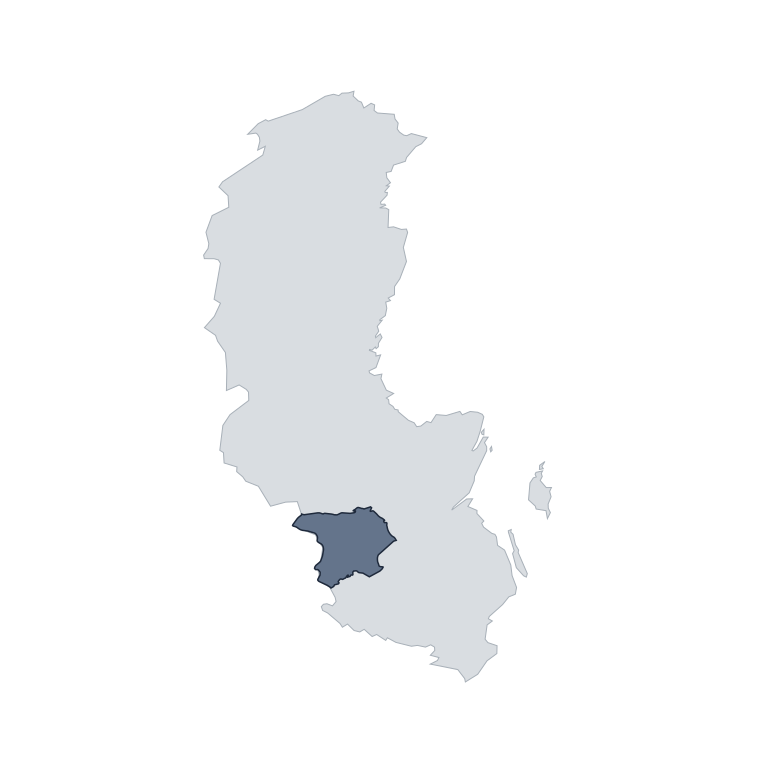 location of Värmland within Sweden, rotated 317°
{"feature_id": "SWE-188", "entity_name": "Värmland", "entity_type": "County", "adm_level": 1, "iso_a3": "SWE", "parent_name": "Sweden", "parent_adm1": "", "projection": "natural_earth1", "projection_center": [13.103, 59.9], "detail": "fine", "context": "in_parent", "style": "filled", "palette": "slate", "viewbox_px": 768, "rotation_deg": 317, "n_neighbors": 0, "source": "natural_earth", "source_scale": "10m", "svg_char_len": 6598}
<svg xmlns="http://www.w3.org/2000/svg" viewBox="0 0 768 768"><g transform="rotate(317 384 384)"><path d="M192.4,505.8L195.0,511.1L200.6,510.4L202.8,506.6L205.7,495.4L202.0,482.9L207.0,478.6L210.1,471.8L217.7,469.8L227.8,461.8L228.8,453.7L231.1,447.7L222.5,429.7L221.9,425.2L234.9,422.8L240.4,410.9L231.5,403.3L217.7,396.0L222.4,373.1L216.6,360.8L217.4,355.6L216.5,347.6L219.9,344.4L213.2,332.7L219.8,324.7L218.7,320.5L237.9,304.4L250.5,301.4L273.9,303.8L279.4,297.5L279.6,294.0L277.4,285.9L264.3,281.3L278.4,266.8L289.5,252.8L291.5,239.2L294.0,233.5L291.1,220.3L306.1,218.8L319.5,213.4L317.5,206.2L346.7,184.2L347.5,180.3L345.2,176.5L338.1,169.8L340.0,166.7L347.8,164.9L351.6,161.9L357.3,151.6L373.2,143.6L391.0,148.9L398.4,139.9L397.6,127.3L403.9,126.0L451.5,133.9L459.3,129.2L451.1,126.8L458.9,121.7L461.1,118.6L461.8,115.0L461.4,113.1L454.6,108.4L469.5,107.8L477.7,110.0L478.6,112.8L511.4,127.6L537.2,133.5L544.7,137.7L547.6,142.3L551.6,142.6L556.6,146.9L561.7,149.4L557.8,152.4L558.2,159.3L559.7,162.5L557.5,168.4L566.0,169.9L567.5,173.5L563.3,177.2L564.0,181.3L575.4,193.7L572.8,197.7L572.3,202.8L567.6,206.5L567.1,210.4L568.2,215.5L570.0,217.9L574.8,219.5L583.3,233.0L575.3,233.9L569.1,232.1L555.0,233.7L551.5,235.7L540.3,230.4L534.2,233.4L529.9,230.8L526.7,235.1L526.0,241.2L520.9,240.6L522.9,242.9L516.0,243.7L515.5,244.7L517.1,246.2L515.0,248.0L505.5,248.6L504.3,250.6L507.2,252.9L507.1,254.4L500.9,252.2L505.3,256.5L506.4,259.7L493.7,272.3L498.2,275.6L502.1,282.8L506.1,286.0L504.6,289.3L491.3,297.3L484.0,309.7L467.2,317.9L458.2,319.9L452.6,325.8L445.7,324.0L445.6,327.4L441.1,325.3L437.7,330.5L431.6,334.9L424.8,334.1L424.1,334.8L426.2,336.1L418.4,337.2L416.2,341.8L410.4,343.1L409.5,344.5L415.4,344.8L414.3,348.6L407.7,350.4L405.3,352.9L402.3,352.8L402.9,351.0L398.4,351.1L397.0,348.9L396.2,349.5L399.3,355.6L397.2,358.1L401.4,360.4L389.4,366.5L382.0,364.2L381.0,366.0L382.7,371.2L389.2,375.3L385.4,378.0L381.5,390.1L384.6,397.5L376.1,395.8L376.7,398.6L374.2,401.9L375.3,406.6L374.6,409.8L376.6,412.6L375.5,414.0L377.1,427.2L379.6,432.9L378.8,437.5L382.3,439.9L389.7,440.5L392.0,444.3L401.3,442.0L408.1,449.5L420.8,455.8L420.2,459.9L428.3,462.9L433.2,468.5L435.2,473.2L434.6,476.1L422.4,484.0L412.9,489.3L403.0,492.5L403.5,493.8L408.4,494.3L420.4,490.5L423.9,493.9L417.5,495.4L416.3,499.9L413.6,502.8L387.3,513.2L383.9,516.4L372.1,521.7L350.8,521.3L347.5,522.4L366.1,524.5L370.5,528.4L361.8,530.8L365.8,539.9L363.6,542.1L363.6,552.3L360.4,552.5L359.2,556.6L361.0,566.8L362.6,569.6L361.9,572.6L357.0,579.5L358.9,587.7L353.3,602.8L347.0,611.5L342.2,623.2L336.7,627.3L330.1,624.8L320.3,626.2L302.4,625.8L300.2,626.9L301.6,631.2L295.1,630.5L283.9,639.6L283.6,644.0L288.2,652.5L282.7,658.1L270.6,656.7L254.6,660.2L240.3,657.4L242.1,654.5L243.2,643.2L226.8,620.4L234.5,622.7L237.6,621.5L232.9,614.0L239.4,613.5L241.5,610.9L240.3,606.6L234.9,604.7L230.2,598.0L225.2,594.5L216.5,581.1L213.4,571.9L210.4,572.7L207.8,562.2L203.1,560.6L202.2,549.9L197.2,548.8L194.0,543.9L193.6,534.7L187.7,533.5L188.5,529.1L186.6,512.9L184.7,507.8L186.3,504.1L189.5,503.8L192.4,505.8ZM440.7,555.7L438.1,556.6L436.6,559.6L432.4,561.1L432.0,570.4L435.9,573.9L431.9,575.5L429.3,580.4L422.2,583.7L419.4,586.9L418.0,591.5L411.7,593.9L416.1,587.1L410.0,579.2L411.4,576.4L410.7,567.3L423.3,555.9L429.2,554.5L432.0,555.8L433.0,553.0L434.9,552.3L440.7,555.7ZM359.5,620.4L356.4,622.3L355.3,619.5L355.5,608.6L362.4,595.7L365.5,594.7L373.9,577.3L374.8,576.1L377.8,577.2L375.7,578.8L375.9,581.9L370.5,591.2L369.2,597.3L367.2,598.7L359.5,620.4ZM443.2,552.0L442.7,554.6L439.4,552.5L442.4,549.6L448.8,550.4L443.2,552.0ZM426.3,485.3L422.3,489.3L421.4,487.6L422.2,485.7L426.3,485.3ZM417.9,506.2L415.8,506.4L417.2,503.7L420.0,503.0L417.9,506.2Z" fill="#d9dde1" stroke="#a8b0b8" stroke-width="1"/><path d="M234.2,423.6L234.8,423.4L235.1,423.0L236.1,424.7L236.5,425.2L247.3,432.8L248.7,434.0L249.4,435.0L250.4,436.9L250.7,437.3L251.0,437.6L251.5,437.7L252.0,437.9L252.5,438.2L256.8,443.2L257.9,444.7L258.4,445.7L258.5,445.8L259.8,447.1L260.2,447.5L260.9,447.9L264.5,449.0L265.4,449.5L271.0,455.5L274.4,457.8L275.2,458.1L275.8,457.9L276.4,457.6L276.5,457.5L276.5,457.3L275.5,456.6L275.2,456.2L275.0,455.8L275.1,455.6L275.3,455.6L275.6,455.6L277.3,456.0L280.0,456.2L280.5,456.4L281.0,456.8L281.6,457.7L282.5,459.2L282.7,459.7L283.5,460.5L284.2,461.8L290.4,464.7L290.5,466.1L287.8,467.2L287.3,467.5L287.2,467.8L287.4,468.1L287.8,468.3L288.8,468.8L289.4,469.2L289.7,470.0L290.0,473.7L289.9,476.4L290.0,477.4L290.3,479.0L290.6,479.8L291.0,480.7L291.2,481.5L291.5,483.3L291.5,483.9L291.3,484.2L290.9,484.0L290.7,483.9L290.3,484.0L290.1,484.4L289.8,485.1L289.8,485.6L290.1,486.0L290.4,486.3L291.0,486.7L291.1,486.8L291.3,487.5L291.1,487.9L290.7,488.3L289.7,489.1L289.5,489.3L289.4,489.6L289.2,490.0L288.1,491.8L287.3,493.3L286.7,495.0L286.2,497.4L286.1,498.8L286.2,500.7L286.3,501.2L286.7,502.5L286.9,503.4L286.7,505.0L286.3,506.7L284.3,505.7L283.9,505.6L283.5,505.5L263.9,505.1L263.0,505.2L262.0,505.7L260.7,506.6L259.9,507.4L258.8,508.7L258.1,509.7L257.7,510.6L257.3,511.7L256.5,513.3L256.3,513.9L256.5,514.5L256.9,515.2L258.4,516.9L258.5,517.3L258.1,517.5L257.1,517.8L256.2,518.0L253.4,518.0L241.8,515.0L239.6,507.9L237.3,505.2L237.0,504.8L236.8,504.2L236.6,502.3L236.3,501.7L235.9,501.3L235.3,501.0L234.9,500.7L234.6,500.3L234.1,500.1L233.4,500.2L232.3,500.8L231.7,501.8L231.2,502.2L230.8,502.3L230.4,502.0L229.9,501.4L229.7,501.2L229.4,501.2L228.9,501.3L228.2,501.5L227.6,501.5L227.3,501.2L227.0,501.0L225.7,500.5L225.4,500.3L225.4,500.0L225.5,499.8L225.9,499.7L227.1,499.6L227.4,499.5L227.4,499.3L227.1,499.1L226.6,499.0L223.8,499.6L223.4,499.6L222.4,499.2L220.8,498.8L220.3,498.5L220.1,498.1L219.6,497.3L219.0,496.9L218.1,496.8L216.2,497.1L215.6,497.4L215.5,498.1L215.6,498.5L215.4,498.8L215.0,499.0L214.7,499.1L214.4,499.1L211.5,497.5L211.0,497.2L210.5,497.2L210.0,497.4L209.7,497.6L209.2,497.7L208.9,497.7L206.5,497.2L206.1,497.1L206.1,496.2L205.9,495.2L205.2,492.5L201.9,484.3L201.7,483.4L201.8,482.3L202.4,481.7L206.8,480.2L207.5,479.6L208.8,478.3L209.0,477.9L209.0,477.2L209.2,475.6L209.1,475.0L208.8,474.3L208.6,474.2L207.6,473.4L207.3,472.8L207.5,471.4L208.3,470.9L208.8,470.6L210.5,470.2L215.6,470.5L216.9,470.3L221.6,467.9L226.6,464.1L227.7,462.8L228.6,461.3L229.1,459.5L229.0,458.1L228.1,455.4L227.9,454.0L228.0,453.4L228.4,452.8L230.2,451.4L230.8,450.8L231.3,450.0L231.6,449.0L231.9,447.5L231.8,446.2L231.3,445.1L227.8,439.3L224.5,435.3L223.6,433.7L223.1,432.3L222.5,429.3L221.9,427.9L220.7,426.0L220.6,425.2L221.5,424.7L228.8,423.3L230.6,423.2L234.2,423.6Z" fill="#64748b" stroke="#1e293b" stroke-width="1.5"/></g></svg>